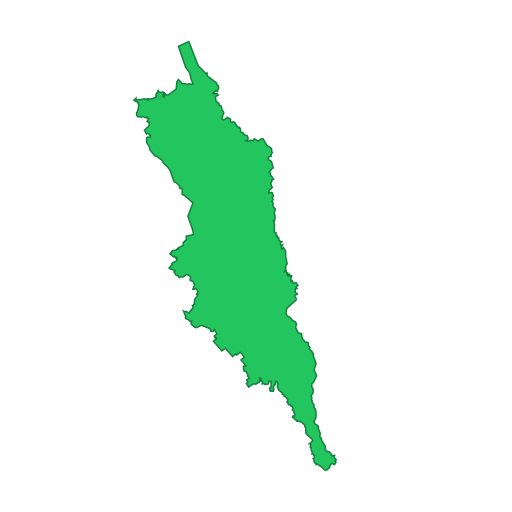 Coatepec, Veracruz, Mexico (Mercator projection), rotated 221°
{"feature_id": "50627088B84316937235456", "entity_name": "Coatepec", "entity_type": "district", "adm_level": 2, "iso_a3": "MEX", "parent_name": "Mexico", "parent_adm1": "Veracruz", "projection": "mercator", "projection_center": [-96.934, 19.445], "detail": "fine", "context": "isolated", "style": "filled", "palette": "green", "viewbox_px": 512, "rotation_deg": 221, "n_neighbors": 0, "source": "geoboundaries", "source_scale": "gbopen_adm2", "svg_char_len": 6123}
<svg xmlns="http://www.w3.org/2000/svg" viewBox="0 0 512 512"><g transform="rotate(221 256 256)"><path d="M62.1,141.0L61.7,144.5L62.9,147.1L62.9,148.4L61.9,149.5L59.9,150.1L60.3,152.9L61.8,152.9L61.7,154.8L66.1,155.6L65.6,157.6L68.0,154.9L69.8,156.1L72.2,156.3L73.7,155.1L77.2,155.6L79.0,158.0L84.8,159.6L87.3,161.3L89.3,161.4L91.1,164.3L95.0,166.2L97.6,168.6L101.8,168.0L103.7,169.1L104.6,173.2L108.1,177.4L111.3,179.7L112.3,179.6L113.5,180.4L114.9,182.0L117.5,182.2L118.8,183.8L120.1,184.2L121.2,186.1L122.6,186.3L123.2,190.3L125.4,192.9L128.4,194.0L130.1,196.5L129.7,198.4L131.6,205.3L137.6,208.4L140.0,214.2L146.5,217.8L149.2,220.1L151.7,220.8L154.6,220.7L155.2,222.4L157.8,222.8L159.9,224.9L162.9,223.2L164.6,223.9L165.6,223.6L169.3,225.7L170.3,227.2L171.1,227.3L172.2,226.2L174.3,225.9L179.1,228.0L180.9,231.2L181.8,231.8L183.3,232.1L186.1,231.3L190.3,232.0L193.4,231.2L195.9,232.5L198.4,236.7L196.8,249.5L198.8,250.7L200.4,250.9L200.9,252.6L199.8,253.8L200.0,254.5L202.6,254.4L204.2,256.2L204.6,257.3L204.0,257.5L204.7,257.4L204.7,257.9L203.1,258.3L204.7,258.5L205.5,259.3L205.0,261.3L208.3,262.1L210.0,259.9L212.3,261.1L212.9,259.9L216.0,263.2L215.5,263.8L216.3,264.5L218.7,261.9L219.3,262.1L218.2,263.2L218.7,264.3L220.6,262.6L221.2,264.0L221.9,263.4L223.4,264.6L224.3,263.0L224.7,265.3L227.0,267.8L227.5,270.7L233.3,275.1L237.2,279.4L240.9,280.4L240.8,278.3L241.5,278.0L242.4,278.7L243.3,281.8L244.0,280.2L246.1,281.6L245.9,283.7L247.1,283.0L248.9,282.8L250.8,284.7L252.1,284.1L253.1,285.2L253.9,284.3L256.3,286.8L258.1,286.1L262.8,292.0L265.8,294.0L265.0,294.4L266.1,296.6L268.0,298.9L270.1,299.9L272.3,304.2L275.5,304.5L276.9,305.6L277.4,307.1L279.8,307.6L280.1,309.8L282.1,310.8L282.1,312.8L285.4,314.4L287.0,313.3L287.6,311.9L288.0,312.1L289.4,314.7L288.8,316.2L288.7,318.7L290.0,318.8L292.9,321.0L292.7,322.4L294.0,323.5L293.1,325.6L298.4,326.8L300.6,328.6L300.9,328.3L301.4,332.3L300.7,333.7L305.0,336.7L307.5,337.6L309.3,336.9L310.7,337.3L311.2,339.0L310.0,341.5L311.3,342.2L311.6,345.0L312.9,345.3L314.5,347.1L315.7,347.4L320.6,346.6L327.5,349.1L328.9,347.8L329.8,344.1L333.7,343.6L334.3,342.9L333.8,341.3L336.1,339.8L336.4,338.4L337.6,337.1L339.3,336.4L338.5,338.4L339.3,339.8L341.5,341.0L344.1,339.8L346.9,340.5L349.1,339.4L351.1,341.8L352.6,342.1L352.5,341.7L355.7,341.5L359.6,342.8L361.4,342.3L361.5,341.3L362.4,340.6L363.3,340.5L365.0,342.6L368.7,341.7L369.2,338.4L370.0,337.4L372.2,337.3L374.0,342.5L375.1,343.5L377.4,344.0L380.7,346.3L383.1,345.8L384.0,346.9L387.5,346.5L389.4,348.0L391.1,349.6L390.1,352.8L392.2,352.9L394.2,350.7L395.3,350.6L394.8,353.9L394.2,354.9L393.2,354.8L394.3,358.2L396.0,359.8L396.8,359.4L399.6,360.7L410.9,359.9L413.1,362.0L413.7,360.8L424.5,361.7L447.4,373.8L452.1,363.4L433.2,352.4L426.2,350.7L420.7,346.7L416.4,344.6L418.0,342.7L419.4,342.4L420.1,340.5L422.7,339.6L424.6,337.7L430.3,338.3L429.9,335.3L425.7,329.6L428.0,319.7L429.4,318.7L431.2,319.0L429.7,315.9L430.2,315.1L431.3,315.7L432.6,319.1L433.9,318.7L435.0,317.1L436.5,316.3L437.7,316.2L438.9,317.2L437.3,314.2L437.9,313.7L437.0,311.6L435.6,310.6L436.8,307.8L438.1,305.8L441.0,303.4L439.9,302.8L443.6,301.4L443.7,300.7L448.3,295.7L449.7,295.5L450.1,296.2L450.4,293.4L446.1,294.3L443.5,293.1L440.2,287.6L440.2,285.8L438.4,283.9L436.6,283.6L433.5,285.7L433.3,286.7L429.4,288.3L429.3,289.5L427.4,288.6L426.8,289.0L426.5,286.0L424.1,286.7L422.1,284.0L422.7,277.7L418.7,276.2L418.2,277.6L416.8,278.0L415.7,277.2L414.9,277.9L413.6,276.5L415.9,274.6L416.1,273.3L412.8,269.8L408.3,268.6L405.6,266.5L398.5,265.2L395.6,266.2L389.3,266.6L386.9,265.3L382.2,265.3L377.3,264.4L366.6,258.3L363.3,259.1L359.6,258.5L357.6,257.0L356.0,258.5L352.1,254.0L349.5,254.8L338.4,254.7L333.5,241.3L322.2,234.9L317.2,231.3L321.7,225.1L319.4,223.0L319.7,218.4L317.9,216.0L320.0,211.4L318.9,210.2L320.2,209.8L320.2,207.8L322.5,205.5L322.5,203.1L321.9,202.8L322.4,201.6L322.4,201.1L318.1,201.2L317.2,201.6L317.3,202.4L315.3,201.8L315.0,202.5L314.8,201.9L313.8,202.0L314.0,201.6L313.2,201.4L312.8,200.0L314.4,196.5L314.5,194.7L313.6,194.6L313.8,190.0L313.1,189.7L307.6,192.0L307.1,190.9L307.4,190.1L303.5,189.0L302.0,189.9L299.6,189.4L298.8,191.5L297.3,192.1L296.2,196.7L292.6,197.4L291.1,196.8L290.4,194.9L289.6,194.4L286.5,195.5L283.4,193.8L281.9,189.5L280.8,190.1L279.9,192.1L276.7,191.4L275.6,188.0L274.7,188.7L274.0,187.1L273.9,183.4L271.7,179.9L270.7,179.4L271.2,178.9L271.4,176.7L270.5,176.8L269.5,175.0L269.6,173.1L269.0,172.6L269.6,171.6L269.1,168.9L272.4,168.4L273.4,167.0L274.5,166.8L269.1,164.1L268.9,163.1L267.9,162.6L265.3,163.6L263.3,163.3L261.7,164.5L261.0,162.7L259.9,162.0L255.2,162.1L253.7,163.1L251.9,167.8L243.3,170.9L242.4,170.8L240.9,169.4L238.8,170.9L239.1,173.3L234.4,171.5L235.0,168.2L233.2,167.4L233.1,168.3L231.4,168.0L232.3,163.8L219.5,162.0L218.6,166.3L207.7,164.7L207.1,168.8L205.5,168.6L204.8,172.9L202.3,172.9L198.5,171.9L199.2,167.7L191.5,166.5L191.6,165.7L192.9,165.2L192.8,164.0L190.0,161.4L187.0,162.2L184.6,161.0L183.6,159.8L180.9,159.5L181.8,156.3L179.3,155.5L179.6,153.5L175.5,152.2L174.4,157.4L172.0,159.3L171.2,161.6L171.6,162.1L170.7,162.6L170.8,164.0L173.2,166.3L172.4,166.9L169.8,165.2L168.3,165.3L167.5,163.5L166.0,165.1L164.9,164.9L162.7,167.6L164.1,170.3L162.4,171.1L159.8,168.6L158.6,166.2L159.1,165.5L156.8,163.3L154.2,165.2L155.1,167.4L156.1,167.4L157.6,170.3L157.0,171.9L158.3,173.1L158.7,174.6L157.2,174.7L155.7,173.9L153.9,171.1L150.4,169.6L146.5,170.0L145.6,168.9L143.6,169.4L143.0,168.6L141.6,169.1L138.2,168.6L136.8,167.1L137.0,166.2L135.5,166.1L134.1,165.0L132.2,166.2L130.8,165.7L129.9,166.4L127.9,164.8L127.7,163.6L125.7,163.9L124.8,162.7L122.9,162.1L122.1,160.8L123.1,159.8L122.8,158.3L121.6,158.4L121.4,159.0L119.3,158.1L117.7,158.5L117.0,158.1L116.3,158.5L116.6,159.1L113.1,160.4L108.4,160.4L106.7,159.0L105.9,159.2L103.0,155.8L101.1,154.6L93.6,154.6L91.9,153.6L92.5,149.4L91.9,150.0L90.7,149.2L89.5,147.2L88.5,147.6L87.5,146.1L84.6,144.6L84.0,143.4L83.6,144.0L81.8,143.5L81.1,144.0L79.4,141.2L79.8,140.5L78.8,140.3L77.3,138.9L74.9,138.3L74.2,138.8L73.7,138.2L73.6,138.9L72.6,139.2L67.4,139.9L63.7,139.5L62.1,141.0Z" fill="#22c55e" stroke="#15803d" stroke-width="1.5"/></g></svg>